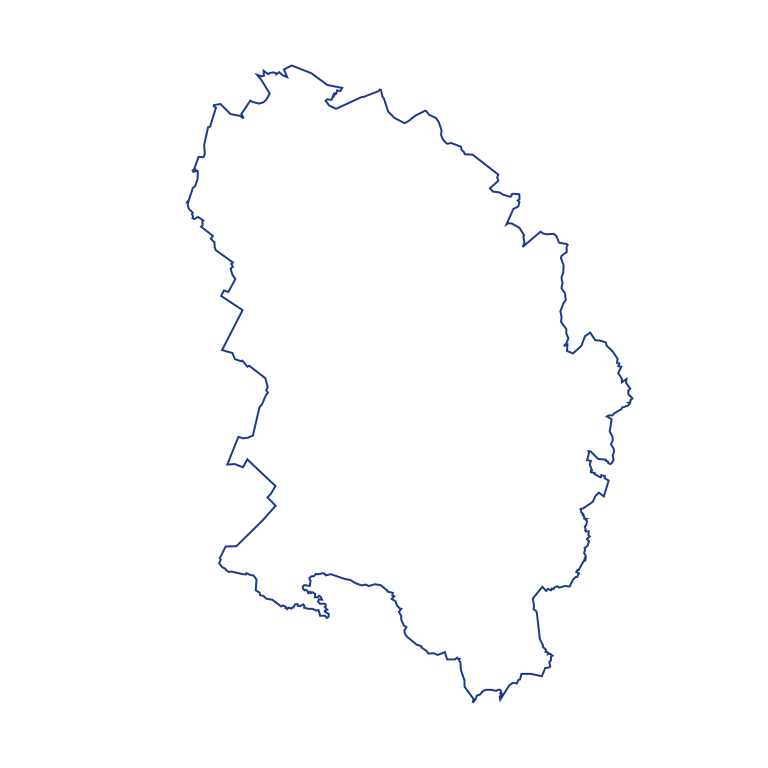 Encarnación de Díaz, Jalisco, Mexico (Albers equal-area conic projection), rotated 286°
{"feature_id": "50627088B17242073021011", "entity_name": "Encarnación de Díaz", "entity_type": "district", "adm_level": 2, "iso_a3": "MEX", "parent_name": "Mexico", "parent_adm1": "Jalisco", "projection": "albers", "projection_center": [-102.263, 21.568], "detail": "fine", "context": "isolated", "style": "outline", "palette": "blue", "viewbox_px": 768, "rotation_deg": 286, "n_neighbors": 0, "source": "geoboundaries", "source_scale": "gbopen_adm2", "svg_char_len": 6166}
<svg xmlns="http://www.w3.org/2000/svg" viewBox="0 0 768 768"><g transform="rotate(286 384 384)"><path d="M166.2,274.9L163.4,278.8L162.7,282.3L161.6,283.2L160.5,286.9L161.6,288.5L162.4,301.7L162.9,303.7L164.3,303.9L163.5,308.2L164.0,311.3L160.9,315.3L150.3,317.6L149.2,321.8L146.9,323.1L147.1,326.4L145.2,330.0L145.8,336.1L141.8,346.5L143.3,347.9L142.6,351.1L141.5,351.2L141.9,352.0L140.9,352.9L142.9,354.3L142.5,356.7L144.0,357.5L144.2,358.6L147.4,359.1L148.1,360.1L148.6,361.6L147.1,362.2L147.4,364.6L149.9,367.1L148.9,368.6L146.9,368.9L147.1,373.7L148.2,377.2L147.5,381.4L148.6,383.4L143.6,386.5L145.0,391.2L143.3,393.5L145.0,394.9L147.8,394.2L148.9,389.8L150.1,389.8L151.4,391.7L153.3,388.5L154.7,389.2L156.0,388.6L156.4,387.4L155.1,382.8L156.8,380.5L159.0,380.8L159.6,383.9L161.8,382.0L162.6,380.0L160.8,379.3L159.9,376.3L163.1,375.9L164.1,372.8L162.9,371.3L163.9,370.7L162.0,369.1L162.3,368.4L163.3,368.8L164.6,365.9L163.8,364.6L164.9,362.6L166.8,361.8L168.7,362.8L169.5,368.3L174.8,367.6L175.6,366.3L177.2,366.0L179.0,367.1L180.1,369.7L182.8,371.0L182.7,372.5L185.1,377.1L185.3,379.2L184.0,380.7L186.5,385.3L185.8,399.8L186.3,405.8L184.7,411.5L184.2,417.8L186.2,421.9L185.6,425.1L189.0,430.4L189.7,436.4L186.5,443.9L185.5,444.4L185.6,450.1L183.0,450.3L182.8,452.4L179.6,450.6L178.3,454.9L174.6,457.7L172.7,460.8L172.6,462.6L169.2,461.1L165.8,464.4L162.2,465.6L157.3,469.6L156.5,472.6L152.6,471.5L149.3,473.3L147.4,475.8L142.5,487.0L142.3,492.0L141.1,492.6L139.0,498.7L137.1,501.1L138.8,505.5L138.4,510.4L143.0,516.4L136.7,520.6L138.8,528.1L141.1,529.7L140.3,530.7L140.6,532.4L139.5,532.1L136.9,534.4L130.0,536.9L121.4,543.0L115.2,544.9L105.9,556.9L102.1,557.1L105.5,558.7L110.1,559.2L111.9,561.8L116.3,563.9L118.0,566.1L119.6,571.3L119.9,576.3L121.8,578.5L121.9,580.4L120.3,581.7L118.6,581.1L118.4,582.9L115.4,581.5L112.6,582.7L128.9,587.5L132.2,590.1L132.8,594.3L136.6,594.8L137.5,596.2L143.2,596.0L145.9,605.3L146.6,616.3L155.5,617.3L156.6,620.1L158.2,621.7L162.2,619.6L164.4,620.6L168.5,619.7L169.3,620.8L170.5,617.8L169.4,615.9L171.1,615.7L171.1,613.0L173.2,613.0L175.2,609.0L176.6,608.9L181.8,604.1L205.7,594.2L207.6,592.9L208.8,589.8L211.8,589.5L218.8,586.2L232.7,592.1L229.8,596.9L232.2,598.0L231.8,601.4L233.7,601.7L233.4,603.5L235.4,603.9L237.4,606.6L236.5,608.3L239.7,613.7L240.5,618.3L247.8,619.5L251.1,621.3L251.8,622.9L255.7,623.6L256.3,620.7L258.6,621.3L258.9,622.5L269.5,624.8L269.3,625.8L270.6,626.1L271.2,625.4L272.2,625.9L272.4,625.0L274.2,625.5L276.8,622.9L279.9,623.0L281.6,622.0L284.5,624.2L289.2,624.4L290.9,621.8L294.2,623.8L295.0,622.1L298.8,621.4L297.9,618.7L298.8,617.7L299.8,618.0L302.5,616.2L303.7,617.2L308.0,617.0L309.5,614.8L310.1,615.6L309.9,613.4L311.7,613.1L312.8,611.1L313.8,611.6L315.1,609.0L318.1,607.4L319.6,610.0L328.2,617.1L334.9,618.2L338.8,620.5L336.5,626.3L353.1,626.6L354.3,621.9L356.3,621.8L356.4,618.0L354.1,618.2L354.0,617.5L355.5,611.1L356.6,610.9L356.2,607.3L357.8,606.7L358.4,607.7L363.4,603.9L367.0,604.1L366.8,600.2L374.1,600.1L375.9,599.1L376.1,601.4L371.0,610.5L372.4,618.2L371.3,618.6L371.2,620.5L369.8,621.3L369.4,623.8L371.9,625.2L374.5,625.5L378.2,623.6L382.6,623.8L385.6,622.2L388.5,618.8L393.1,619.4L396.5,618.0L400.5,614.1L412.9,612.5L414.2,607.2L415.8,608.9L416.9,612.4L419.1,613.2L425.2,619.1L427.1,619.5L430.4,624.5L433.0,625.6L433.4,624.3L434.1,625.8L436.5,625.4L438.7,626.8L441.4,621.8L444.8,620.6L447.4,622.0L451.8,616.4L455.6,615.7L451.3,612.2L454.7,611.1L459.1,606.1L465.9,607.4L465.7,604.4L468.6,604.5L468.5,602.2L472.6,601.6L478.2,595.0L482.1,587.6L485.1,585.7L485.3,580.2L484.4,574.9L490.3,568.0L485.3,564.0L475.1,563.2L465.4,557.2L466.2,550.8L472.4,549.5L470.1,546.5L473.8,548.2L478.8,548.6L482.9,545.3L487.0,544.1L492.5,537.1L497.5,536.2L502.5,533.5L510.8,534.2L514.8,535.6L521.1,532.9L525.1,528.1L530.3,527.8L535.0,525.3L540.0,525.6L547.3,524.1L554.0,519.3L556.0,519.3L561.3,523.3L566.1,521.7L568.3,522.2L568.9,521.1L568.1,513.3L573.9,508.8L575.1,505.6L572.8,499.3L572.5,495.8L573.6,492.5L554.0,479.5L558.4,480.1L564.1,477.3L565.6,477.7L571.4,471.2L573.5,462.8L572.8,459.3L571.1,457.7L587.9,460.1L591.6,464.0L593.4,464.2L596.3,464.0L597.2,462.0L599.2,463.3L603.7,461.7L602.4,455.5L601.5,454.4L599.5,454.6L598.7,453.3L598.8,446.5L600.0,442.2L599.0,435.8L601.3,431.9L610.9,437.9L613.7,435.9L616.8,436.1L628.9,405.9L627.1,398.3L628.9,397.0L630.7,393.8L633.3,392.8L634.2,382.1L632.5,379.1L632.6,377.5L635.3,373.3L639.0,370.3L643.7,369.4L650.7,364.6L654.1,360.5L655.2,353.2L658.0,349.3L658.1,348.3L650.4,340.0L643.5,335.1L640.4,331.8L642.6,320.9L647.0,312.9L658.3,305.3L659.9,303.2L665.9,300.0L665.7,298.6L664.0,298.0L654.3,285.2L653.6,283.3L635.3,262.1L636.6,254.6L640.1,249.8L642.0,250.9L642.7,255.1L645.6,255.7L646.2,257.1L646.2,255.8L647.9,256.6L647.9,255.7L649.7,256.1L650.0,258.1L653.3,258.0L653.6,261.3L657.1,262.2L655.8,247.2L662.7,228.5L664.7,207.5L658.8,201.1L652.3,206.3L652.8,201.4L654.9,197.3L651.9,195.0L652.9,194.3L653.1,191.9L651.3,188.2L649.9,187.2L651.9,182.0L647.1,183.6L646.0,181.4L646.2,176.8L642.2,182.6L631.7,194.1L624.5,192.3L621.6,190.5L619.1,186.5L618.9,179.7L619.6,177.4L604.2,172.5L600.7,175.9L602.1,171.7L601.1,162.1L608.1,149.6L605.3,143.8L604.3,143.7L603.3,146.3L583.4,145.9L582.3,144.1L564.0,145.3L555.8,148.3L552.3,148.0L551.1,143.1L538.9,142.3L538.5,143.3L536.5,141.2L535.4,142.3L537.5,145.7L537.1,146.4L529.7,148.3L522.0,147.9L519.8,146.2L507.6,145.8L504.4,144.7L504.9,145.8L502.1,145.9L498.8,147.9L495.9,153.0L494.4,152.6L492.4,154.3L490.8,154.1L490.2,156.2L493.3,159.2L491.3,165.3L490.5,164.7L486.4,165.8L484.8,164.8L479.2,178.7L475.9,177.5L473.5,182.0L468.6,183.6L466.2,185.6L459.2,205.2L457.4,204.1L455.0,206.5L452.9,204.7L447.7,207.8L443.8,212.2L429.6,209.0L429.8,204.4L423.8,203.1L416.0,227.7L372.0,219.0L372.0,229.7L366.8,233.9L366.5,240.3L367.4,241.3L363.0,248.1L364.4,249.3L357.3,267.2L356.6,268.5L348.6,273.2L345.6,272.4L343.7,274.8L340.4,273.5L330.5,272.3L327.6,270.7L298.2,272.2L294.8,267.8L292.9,263.5L293.1,258.6L263.4,255.6L265.9,262.7L265.1,271.4L273.9,273.3L256.0,307.8L247.2,305.5L242.8,303.3L237.1,313.4L219.6,305.0L187.4,286.8L184.2,276.6L171.2,274.2L170.2,275.5L166.2,274.9Z" fill="none" stroke="#1e3a8a" stroke-width="2"/></g></svg>